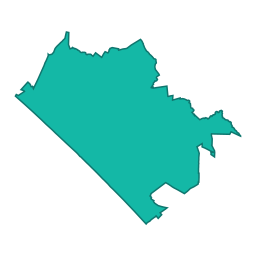 Pijijiapan, Chiapas, Mexico
{"feature_id": "50627088B85792572299721", "entity_name": "Pijijiapan", "entity_type": "district", "adm_level": 2, "iso_a3": "MEX", "parent_name": "Mexico", "parent_adm1": "Chiapas", "projection": "natural_earth1", "projection_center": [-93.116, 15.653], "detail": "fine", "context": "isolated", "style": "filled", "palette": "teal", "viewbox_px": 256, "rotation_deg": 0, "n_neighbors": 0, "source": "geoboundaries", "source_scale": "gbopen_adm2", "svg_char_len": 5660}
<svg xmlns="http://www.w3.org/2000/svg" viewBox="0 0 256 256"><path d="M15.4,96.1L25.2,104.8L33.0,111.9L41.5,119.8L45.9,124.1L52.5,130.1L55.7,133.3L57.6,135.0L66.3,143.2L76.3,152.4L77.7,153.8L80.0,156.5L80.5,156.7L81.5,157.5L81.8,157.9L85.8,161.9L86.7,162.8L88.0,164.0L97.1,173.0L102.9,179.0L103.8,179.8L108.0,184.0L110.4,186.8L111.5,187.8L113.1,189.3L123.4,199.7L134.3,211.2L146.1,224.0L146.8,223.1L148.8,221.6L149.4,221.5L149.7,221.3L150.1,220.9L150.2,220.7L151.3,219.6L154.3,217.4L155.2,216.9L156.1,215.9L158.2,218.4L161.7,214.7L160.1,212.8L165.7,208.9L167.1,207.8L164.5,207.3L161.6,206.6L158.2,205.6L154.7,203.2L153.8,202.0L153.4,201.0L153.8,200.6L153.1,200.2L152.5,199.8L152.0,199.6L151.0,198.8L151.0,198.6L151.3,198.3L151.5,197.8L151.1,197.5L151.0,197.3L151.0,196.7L150.8,196.4L150.2,196.3L150.1,196.2L150.1,195.7L150.3,195.4L150.6,195.1L150.8,194.7L150.9,193.7L161.0,186.1L165.7,182.6L168.9,184.5L171.4,186.2L172.2,186.8L174.0,187.9L177.7,189.8L184.4,193.6L187.4,191.3L190.1,188.7L190.5,188.4L193.8,186.8L196.6,185.1L198.1,184.1L198.4,181.9L198.8,182.0L199.0,177.7L199.0,173.2L198.5,173.2L198.5,170.5L198.5,169.6L198.5,168.5L198.6,167.2L198.6,164.8L198.8,163.4L198.6,162.2L198.8,159.8L198.8,157.6L199.2,153.3L197.0,146.7L197.6,146.4L202.1,143.6L202.2,144.5L202.1,146.9L205.0,148.1L208.9,150.1L210.3,150.9L213.7,152.3L210.9,152.3L211.1,153.7L211.0,154.5L214.5,156.9L214.7,152.3L214.3,152.2L214.6,151.0L211.7,145.2L212.0,145.0L212.2,138.9L211.4,135.4L211.5,133.9L229.7,134.3L231.1,131.8L240.6,136.2L240.6,135.9L240.1,135.5L239.8,134.9L239.3,134.6L239.2,134.4L239.0,133.6L238.7,133.2L238.2,132.9L237.5,132.8L237.3,132.6L236.7,131.4L236.3,130.9L235.7,130.4L234.5,129.5L234.4,129.3L234.5,129.0L234.4,128.7L234.0,128.4L233.9,128.1L233.4,127.5L233.1,127.4L232.7,127.4L232.2,127.3L232.0,126.8L232.2,126.3L232.0,125.4L231.5,124.8L231.4,124.6L231.2,123.9L231.1,123.7L231.2,122.8L231.1,122.5L230.8,122.1L230.6,122.0L230.3,122.0L230.1,121.7L229.6,121.8L229.5,121.6L229.3,121.6L229.1,121.4L228.8,121.4L228.5,121.1L228.4,120.8L228.0,120.7L227.9,120.5L227.9,120.2L227.6,120.1L227.3,120.0L226.5,119.9L226.1,119.9L225.7,119.7L225.2,119.7L224.9,119.4L224.5,118.6L224.3,118.5L223.8,118.5L223.3,117.9L223.0,117.8L222.6,117.8L222.5,117.7L222.4,117.3L222.5,116.6L222.5,116.2L222.4,116.1L222.2,116.0L222.2,115.6L222.0,115.1L222.0,114.9L222.4,113.7L222.4,113.3L222.0,112.7L222.0,112.0L222.3,111.7L222.4,111.2L222.2,111.0L221.8,110.8L221.4,110.4L220.5,110.6L219.5,111.1L219.2,111.5L219.1,112.3L218.9,112.5L218.3,112.6L218.1,112.6L217.9,112.5L217.5,111.8L217.2,111.6L216.8,111.5L216.2,111.6L215.5,112.2L215.3,112.6L215.2,113.1L215.4,113.2L215.5,113.5L215.2,114.0L214.9,114.4L213.9,114.8L213.5,114.7L212.9,115.0L212.7,115.2L212.7,115.4L212.5,115.5L212.0,116.3L211.9,116.4L211.4,115.9L211.2,115.8L210.8,115.9L210.3,116.3L210.0,116.8L209.7,117.4L209.2,117.8L209.0,118.3L208.6,118.6L208.0,118.9L207.8,118.9L206.9,118.0L206.6,117.9L206.3,118.0L205.7,118.0L205.6,117.9L205.2,117.7L204.9,118.1L204.8,118.4L204.5,118.5L204.2,118.5L203.9,118.3L203.4,118.1L201.9,118.6L199.8,119.7L194.8,115.1L194.4,114.5L194.2,114.8L194.2,115.0L192.1,112.4L192.5,112.3L193.6,110.9L193.9,110.4L193.9,110.0L193.6,109.9L193.0,109.4L192.8,108.6L192.6,108.3L191.6,108.1L191.2,108.0L190.9,107.8L190.6,106.3L190.6,105.3L190.4,104.1L190.4,103.5L190.2,103.2L189.7,103.0L189.2,102.9L189.0,102.5L189.7,101.1L189.2,100.5L188.3,100.2L187.5,100.4L187.1,100.4L186.4,99.9L184.4,99.0L182.4,98.6L181.1,98.9L179.8,98.8L180.0,98.0L172.6,100.1L172.9,95.5L170.6,95.9L168.5,96.4L167.9,96.4L166.9,86.1L153.3,88.1L153.4,87.8L153.2,87.1L152.2,87.4L151.7,87.7L151.5,87.8L151.3,87.8L151.2,87.5L151.2,87.4L151.9,86.8L152.1,86.2L152.3,86.0L152.4,85.7L152.8,85.0L153.5,84.5L153.5,84.4L153.3,83.2L153.5,82.8L154.5,81.9L154.8,81.4L154.8,81.1L155.9,81.1L156.3,80.8L156.5,80.6L156.9,80.5L157.1,79.9L157.4,79.6L157.5,79.3L157.4,79.1L157.1,78.9L156.6,78.3L156.4,77.7L156.5,77.2L156.7,76.9L157.4,76.3L159.3,75.1L158.9,74.1L155.4,69.5L154.8,66.9L155.1,65.1L155.3,64.1L156.3,63.0L156.3,62.5L155.9,60.9L156.0,60.1L156.0,59.9L155.8,59.4L155.2,59.0L154.8,58.9L154.3,58.9L153.7,58.6L153.1,57.6L152.6,57.2L152.3,56.6L151.9,56.4L151.2,55.6L151.0,55.4L149.7,54.3L149.4,54.1L149.2,53.5L147.5,51.6L146.8,51.4L146.5,50.9L146.1,50.4L145.8,50.0L145.8,49.7L144.9,48.4L143.9,46.0L143.8,45.5L143.6,45.2L143.3,44.4L143.3,43.8L142.9,43.1L142.6,42.6L142.5,42.2L142.4,42.0L141.6,40.6L140.5,39.4L131.0,45.2L130.9,45.3L127.1,48.2L125.9,48.6L122.9,49.0L118.6,50.2L118.4,49.6L118.6,48.8L112.2,47.6L109.9,48.5L109.7,49.6L109.0,50.0L109.0,51.3L107.9,52.9L105.1,51.7L104.0,53.3L103.9,53.5L103.6,53.9L101.7,57.4L95.6,52.8L93.0,56.3L92.7,56.0L92.6,55.8L92.0,55.5L91.7,55.3L91.2,54.6L90.9,54.4L90.7,54.3L89.9,54.2L88.1,54.2L87.6,54.3L87.1,54.7L86.5,54.5L86.1,54.2L85.9,53.8L85.8,53.2L85.6,52.7L85.4,52.6L84.9,52.4L84.3,52.3L84.0,52.4L82.7,52.2L82.2,52.5L81.8,52.5L80.7,52.4L80.4,52.2L79.6,51.1L78.0,50.1L77.6,50.1L77.3,49.6L75.4,48.6L74.8,48.8L74.4,48.7L74.0,48.1L73.2,48.0L72.9,47.8L72.8,47.6L72.5,47.4L72.3,47.6L72.3,47.8L72.1,48.2L71.7,48.2L71.3,48.4L70.0,48.8L68.6,44.9L68.5,44.5L68.8,32.5L66.4,32.0L66.0,33.6L65.0,38.1L64.8,38.6L63.4,39.9L61.8,41.7L60.6,42.6L59.9,43.4L56.7,46.5L55.1,48.5L53.7,52.2L52.8,53.2L51.8,54.3L49.4,54.8L49.0,54.8L48.8,54.8L48.2,54.2L48.2,55.9L46.1,60.8L45.1,62.7L44.1,65.5L41.4,71.5L37.7,79.8L33.4,88.7L33.1,88.0L32.8,86.5L32.5,86.4L32.4,86.3L32.2,86.4L31.6,86.7L31.4,86.7L31.2,86.7L30.9,86.2L30.7,85.8L30.5,84.9L30.0,84.4L29.8,84.0L29.7,83.7L29.6,83.4L29.4,83.3L28.8,83.1L28.4,82.8L28.2,82.6L28.1,82.2L27.8,82.1L21.0,89.7L23.8,90.6L24.3,91.1L24.5,91.4L18.3,95.5L16.3,94.5L15.4,96.1Z" fill="#14b8a6" stroke="#0f766e" stroke-width="1.5"/></svg>